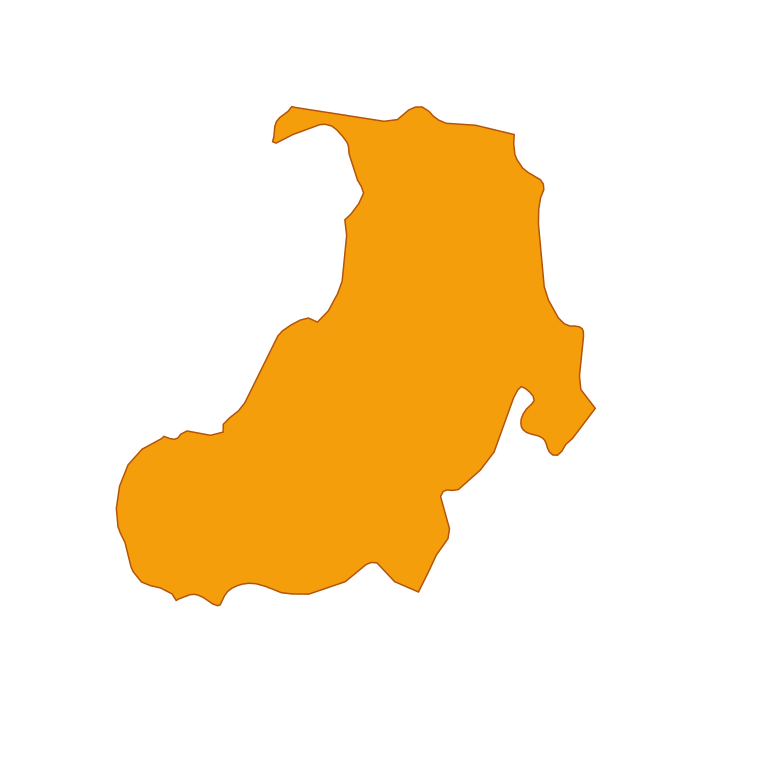 an SVG outline of Skikda, rotated 293°
{"feature_id": "DZA-2166", "entity_name": "Skikda", "entity_type": "Province", "adm_level": 1, "iso_a3": "DZA", "parent_name": "Algeria", "parent_adm1": "", "projection": "albers", "projection_center": [6.827, 36.763], "detail": "fine", "context": "isolated", "style": "filled", "palette": "amber", "viewbox_px": 768, "rotation_deg": 293, "n_neighbors": 0, "source": "natural_earth", "source_scale": "10m", "svg_char_len": 2127}
<svg xmlns="http://www.w3.org/2000/svg" viewBox="0 0 768 768"><g transform="rotate(293 384 384)"><path d="M103.5,277.3L108.0,270.9L108.9,257.9L107.1,247.7L107.0,238.0L113.2,226.5L116.9,222.5L136.8,207.6L143.9,199.4L148.7,194.9L164.9,186.2L186.7,180.5L209.7,180.0L229.5,186.8L247.1,200.8L249.8,201.8L250.1,208.1L251.2,212.6L253.8,215.4L258.2,216.4L263.8,221.0L269.0,244.4L276.9,254.7L284.1,251.8L292.7,255.2L302.4,260.5L312.2,263.2L386.6,267.5L392.9,269.6L401.7,275.1L410.1,281.9L415.2,288.6L415.0,298.6L429.7,304.2L449.0,306.0L462.3,305.3L506.1,291.6L519.8,283.8L527.6,287.2L540.1,290.3L551.8,290.6L556.9,286.0L561.3,280.0L582.1,262.0L589.1,258.3L592.1,255.4L596.0,248.7L599.5,241.1L601.0,235.2L600.1,228.3L597.6,223.5L578.1,202.7L563.6,190.6L563.5,186.8L569.0,185.9L578.5,182.8L583.7,182.5L588.7,184.0L597.8,189.3L602.4,190.4L603.4,190.9L603.9,194.3L625.8,281.3L632.6,293.0L645.9,299.7L651.2,304.7L653.9,310.8L652.6,318.8L649.8,324.8L648.3,331.1L648.2,339.1L657.9,367.0L664.5,406.4L656.1,409.4L646.4,414.8L642.5,418.7L637.0,427.1L635.1,433.7L633.1,448.2L630.4,452.5L625.3,455.2L616.9,455.3L605.4,458.1L591.7,463.6L536.1,493.5L525.5,502.6L513.0,518.6L509.9,526.4L510.0,532.8L511.9,536.9L513.0,541.7L512.3,544.9L510.3,546.9L505.7,549.1L467.7,560.8L455.8,567.4L444.1,588.0L407.3,578.7L399.4,574.9L391.7,574.0L386.3,571.6L384.6,567.1L385.9,563.0L389.0,559.4L392.3,556.8L394.8,554.1L396.1,551.4L396.5,548.0L396.5,546.0L395.4,538.9L395.1,534.0L396.2,530.1L398.2,527.3L401.2,525.4L405.2,524.0L410.6,523.8L416.6,524.9L422.7,527.6L427.2,528.7L431.0,526.1L433.6,521.1L435.2,515.5L435.2,511.4L430.7,509.4L422.0,508.7L364.4,511.9L342.4,506.3L315.9,493.7L312.7,488.5L311.1,483.4L308.3,480.5L302.6,480.0L276.3,500.9L266.6,503.3L246.9,499.0L229.1,498.4L206.0,497.0L206.2,471.0L216.6,447.4L214.8,442.1L210.9,438.1L186.9,425.6L161.2,396.9L154.8,381.4L151.8,371.2L151.4,354.2L150.2,344.5L147.9,337.7L144.7,332.2L140.9,327.6L136.6,323.8L131.8,321.1L126.6,319.9L116.7,319.5L114.9,317.4L114.6,312.4L116.9,301.0L117.0,295.1L116.2,291.4L114.1,287.6L105.8,278.9L103.5,277.3L103.5,277.3Z" fill="#f59e0b" stroke="#b45309" stroke-width="1.5"/></g></svg>